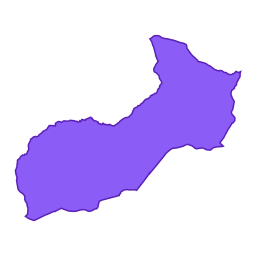 Saliste, Sibiu, Romania
{"feature_id": "2599482B49493178649584", "entity_name": "Saliste", "entity_type": "district", "adm_level": 2, "iso_a3": "ROU", "parent_name": "Romania", "parent_adm1": "Sibiu", "projection": "mercator", "projection_center": [23.761, 45.54], "detail": "fine", "context": "isolated", "style": "filled", "palette": "violet", "viewbox_px": 256, "rotation_deg": 0, "n_neighbors": 0, "source": "geoboundaries", "source_scale": "gbopen_adm2", "svg_char_len": 5783}
<svg xmlns="http://www.w3.org/2000/svg" viewBox="0 0 256 256"><path d="M240.6,71.6L239.0,72.4L238.5,72.4L236.9,71.9L236.3,71.4L236.1,71.4L235.9,71.4L235.7,71.7L235.5,72.1L234.8,72.6L234.4,73.2L234.2,73.4L233.1,73.6L231.9,74.5L231.2,74.6L229.7,74.5L227.7,73.9L227.4,73.7L226.4,72.7L225.3,72.4L224.4,72.4L224.0,72.3L222.1,70.9L221.3,70.6L219.8,70.5L219.0,70.7L217.7,70.7L216.1,70.0L214.9,69.7L210.2,66.1L208.2,65.2L206.6,64.0L205.3,63.3L201.5,62.2L199.5,61.7L198.6,61.8L198.1,61.2L197.8,60.7L197.1,59.9L194.7,57.6L192.2,55.4L190.2,52.9L187.0,48.4L186.6,45.5L186.0,44.5L184.0,43.4L180.1,42.5L174.2,40.4L170.5,39.6L167.9,38.9L165.3,38.6L162.3,37.9L161.0,37.1L159.7,36.1L157.5,35.6L154.6,35.7L153.5,36.2L150.6,38.7L149.9,38.9L150.7,40.1L151.9,42.1L152.3,43.7L152.9,45.5L153.5,46.6L154.3,49.3L155.2,52.7L155.5,54.2L155.8,55.3L155.8,55.8L156.0,56.5L156.7,58.0L157.2,59.5L158.3,61.2L157.6,61.9L157.4,62.7L156.7,63.3L155.8,64.7L154.9,66.7L154.0,68.2L153.7,69.7L154.1,71.4L154.3,71.8L156.3,72.9L157.9,74.4L158.9,75.6L159.1,76.3L159.5,78.4L159.6,78.8L160.3,79.7L161.1,80.8L161.6,82.2L161.7,83.3L161.4,83.5L160.9,84.5L160.0,85.3L159.7,86.0L159.5,86.4L159.6,87.2L159.5,87.7L159.1,88.2L158.0,89.2L157.8,89.8L157.6,90.0L157.7,90.4L156.9,92.3L156.5,92.9L155.9,93.3L154.8,93.4L154.1,94.1L153.3,94.5L153.1,94.5L152.5,95.1L151.8,95.1L151.6,95.2L151.3,95.6L150.6,95.7L150.4,95.9L150.1,97.0L149.7,97.3L148.0,98.7L147.3,98.7L146.7,99.1L145.5,99.4L144.9,100.2L144.4,100.6L144.2,101.1L143.7,101.3L143.4,101.7L143.0,102.7L142.4,103.1L141.5,103.4L141.2,103.8L140.9,104.1L139.8,105.3L139.2,105.7L138.9,105.7L138.1,105.6L137.9,105.7L137.6,106.5L137.2,107.0L136.7,107.3L134.9,107.8L134.5,108.3L133.7,109.1L133.6,109.4L133.7,109.8L133.1,110.4L132.9,111.0L132.8,111.8L132.3,112.5L132.3,113.2L132.1,113.7L130.6,115.0L129.9,115.9L128.9,116.8L127.0,117.6L125.6,117.5L124.6,118.2L123.3,118.7L122.1,119.6L121.3,120.1L120.6,120.8L119.9,121.3L119.6,121.6L119.2,122.4L118.8,122.7L118.2,123.1L117.8,123.1L117.4,123.5L117.1,124.0L116.2,124.5L115.6,124.7L114.8,125.5L114.4,125.8L114.0,125.9L111.6,125.6L110.9,125.0L109.7,124.4L108.8,124.6L108.4,125.1L107.9,125.2L107.3,124.8L106.3,124.5L105.6,124.5L105.1,124.4L104.9,124.6L104.6,124.5L103.3,123.3L103.0,123.2L102.7,123.3L102.6,123.8L102.3,124.4L101.8,124.7L101.3,124.6L100.9,124.0L100.5,123.8L99.2,123.8L98.4,123.5L98.3,122.4L98.1,122.1L97.8,121.8L97.1,121.7L96.7,121.5L96.2,121.1L95.6,120.9L94.6,120.9L93.8,120.6L93.6,120.1L92.4,119.4L92.4,118.9L91.9,118.7L92.0,118.3L91.5,118.3L91.0,117.8L90.8,117.3L90.4,117.3L89.3,117.7L88.2,118.4L86.6,118.9L85.6,119.5L85.3,119.7L85.4,120.2L85.3,120.3L85.0,120.5L83.9,119.9L83.3,119.9L82.3,119.5L81.8,119.5L81.6,119.7L81.1,121.2L80.5,121.6L80.2,121.3L80.1,120.9L79.8,120.7L79.1,121.8L78.4,122.1L77.5,121.9L76.9,121.3L76.8,121.2L75.4,121.4L74.1,120.6L73.1,120.7L70.6,120.3L69.9,120.4L68.6,121.1L68.0,121.2L64.5,120.9L63.9,120.9L63.1,121.2L62.1,122.1L61.7,122.3L61.1,122.2L60.1,121.7L58.7,121.5L58.3,121.6L57.6,121.9L55.6,123.2L55.4,123.5L55.3,124.0L55.6,125.2L55.4,125.8L55.0,126.0L53.6,125.7L50.6,125.5L50.0,125.5L49.1,125.7L48.8,126.1L48.2,127.2L47.9,127.5L47.3,128.6L46.6,129.4L45.7,130.0L43.3,131.2L42.6,131.7L41.9,132.8L41.5,133.2L40.8,133.5L38.9,135.0L38.7,135.3L38.6,135.7L38.4,136.0L37.4,136.6L37.0,136.7L35.3,136.5L34.6,136.6L33.5,136.9L32.7,137.8L31.7,138.5L31.0,138.9L30.6,139.3L30.5,139.6L30.4,140.8L30.2,141.3L29.8,141.8L28.6,144.1L28.5,144.5L28.3,145.9L28.7,148.6L28.6,149.6L27.4,152.0L26.7,153.9L26.3,154.3L26.0,154.4L25.1,154.2L24.6,154.3L24.3,155.1L23.9,155.3L22.7,155.0L22.0,155.4L20.8,156.5L20.0,157.6L19.7,158.4L19.5,158.6L18.0,159.6L17.6,160.0L17.3,161.6L17.5,162.2L17.5,163.0L17.5,163.3L17.2,163.5L17.0,164.3L17.0,166.7L16.8,167.5L16.7,167.8L16.3,168.1L16.3,168.4L16.3,168.8L16.0,169.4L15.6,170.0L15.4,170.9L15.7,171.9L15.7,173.3L16.1,173.9L16.3,175.4L16.5,175.9L16.6,176.4L17.1,177.4L17.1,178.3L16.8,178.9L16.6,179.9L16.6,180.9L17.0,182.6L17.0,183.4L17.2,184.3L17.5,185.9L17.6,186.3L17.6,186.7L17.8,187.9L18.1,189.1L18.7,190.2L20.0,191.7L20.7,192.3L22.4,193.4L23.4,194.3L24.1,195.1L24.4,195.7L25.0,197.5L24.7,198.7L24.7,199.2L25.1,200.6L26.1,202.4L26.7,203.0L26.9,203.5L27.1,205.5L27.6,207.2L27.9,207.6L28.0,209.1L27.9,209.4L27.9,210.4L27.6,213.6L27.5,214.4L26.6,215.2L25.4,216.4L27.2,217.6L29.4,218.8L33.0,220.2L34.4,220.4L45.6,214.9L47.7,214.2L53.5,211.5L55.0,211.5L58.6,209.5L61.4,208.3L64.4,209.5L65.9,209.9L67.8,210.8L69.1,211.0L70.2,211.1L71.8,211.3L75.6,211.3L80.7,209.9L83.4,209.6L85.7,209.9L87.2,210.8L88.9,211.3L89.9,211.2L91.7,210.8L95.1,208.9L96.4,208.8L96.9,208.4L97.6,207.7L97.8,207.2L99.2,201.3L102.2,200.0L119.2,195.5L119.2,195.3L119.0,195.1L119.1,194.9L119.3,194.6L119.7,194.3L119.8,194.0L120.0,193.9L120.1,193.6L120.5,193.3L120.6,193.1L120.5,192.7L121.0,191.9L121.7,191.4L122.8,190.8L123.6,190.1L124.9,189.8L127.6,189.6L129.0,189.9L133.9,189.8L135.8,190.0L136.6,190.3L143.7,181.2L149.0,174.0L149.4,173.1L149.6,173.6L153.2,169.3L163.5,156.7L166.2,153.1L170.0,149.9L172.3,148.4L176.1,148.0L178.4,147.5L183.2,146.2L186.2,144.6L187.8,144.4L189.4,145.0L190.5,145.2L192.5,146.1L194.0,147.4L194.8,147.9L195.1,148.3L195.6,148.3L196.4,148.8L201.4,148.0L202.9,148.0L206.7,149.8L210.3,150.1L210.8,149.9L212.9,147.9L214.6,147.3L215.8,147.0L222.7,146.4L223.3,146.2L220.0,143.0L220.0,142.6L223.8,137.6L225.0,135.1L226.8,132.0L227.8,129.9L228.7,128.5L229.5,127.4L231.0,124.9L231.6,123.6L232.8,123.1L234.2,121.4L234.8,120.3L234.9,117.9L234.3,116.9L231.9,114.1L231.5,113.1L231.5,111.9L231.7,111.0L232.6,109.7L233.3,106.7L234.2,101.6L233.9,100.8L232.4,98.3L230.9,94.2L231.2,92.0L231.4,91.2L232.1,90.0L234.0,88.7L234.5,88.1L234.6,86.5L235.4,85.8L236.0,85.6L236.6,84.0L236.6,83.3L237.0,82.0L237.9,80.7L238.5,79.2L239.6,77.6L240.0,76.6L240.1,73.7L240.6,71.6Z" fill="#8b5cf6" stroke="#5b21b6" stroke-width="1.5"/></svg>